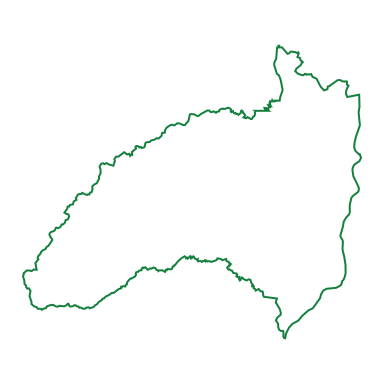 outline of Morales, Bolívar, Colombia
{"feature_id": "7082276B13474155488733", "entity_name": "Morales", "entity_type": "district", "adm_level": 2, "iso_a3": "COL", "parent_name": "Colombia", "parent_adm1": "Bolívar", "projection": "robinson", "projection_center": [-74.012, 8.269], "detail": "fine", "context": "isolated", "style": "outline", "palette": "green", "viewbox_px": 384, "rotation_deg": 0, "n_neighbors": 0, "source": "geoboundaries", "source_scale": "gbopen_adm2", "svg_char_len": 5954}
<svg xmlns="http://www.w3.org/2000/svg" viewBox="0 0 384 384"><path d="M23.5,273.4L23.8,274.2L23.0,276.4L24.2,280.0L24.6,284.1L26.0,285.5L26.2,287.0L27.2,288.6L28.9,288.3L30.5,290.9L29.5,296.1L31.5,301.8L31.5,304.1L34.2,306.4L36.6,307.1L37.6,308.7L41.1,308.9L42.0,309.8L43.7,308.5L45.9,308.2L47.0,306.3L50.8,305.0L53.3,304.9L55.6,306.3L57.7,306.7L59.3,305.8L64.2,306.3L66.7,305.1L67.7,303.8L68.5,303.8L69.6,306.2L70.3,306.6L72.7,306.2L74.9,305.1L76.0,305.5L76.6,306.3L78.4,306.5L79.4,307.8L80.5,307.5L83.3,308.8L85.3,308.6L86.2,307.6L88.7,307.3L89.7,308.3L93.6,307.0L94.8,305.5L97.3,304.0L98.7,302.0L101.8,300.1L102.5,298.7L103.8,298.5L105.9,296.4L108.3,295.4L112.1,292.8L113.5,293.0L118.8,289.0L121.0,288.4L121.1,286.9L121.9,287.2L122.1,286.5L123.3,286.1L125.2,286.5L125.7,285.1L127.0,284.2L126.8,282.9L128.7,280.3L130.5,278.5L131.3,278.6L135.2,276.4L136.0,274.6L135.7,273.5L136.2,272.3L138.2,271.7L138.9,270.8L141.5,270.2L141.7,268.6L142.9,267.5L143.8,268.1L145.2,267.2L147.9,269.8L150.4,268.4L151.6,268.6L153.5,267.5L155.6,268.3L156.3,269.8L158.0,270.3L158.3,271.1L159.2,270.4L162.3,270.3L165.0,271.9L165.7,270.0L166.7,270.3L167.4,268.9L170.3,269.4L172.0,268.9L172.7,266.5L173.7,266.4L174.2,265.3L174.9,265.2L178.0,261.3L181.5,258.1L184.7,256.3L185.7,257.0L186.0,258.2L187.1,257.7L187.6,258.7L190.3,256.1L190.8,256.4L191.0,258.5L191.7,258.3L193.3,256.3L193.9,256.7L194.7,258.4L196.8,259.6L197.8,259.1L197.5,260.6L198.0,261.3L200.3,261.0L201.9,261.9L202.6,261.1L203.8,261.1L204.9,260.2L205.5,260.3L205.7,261.3L206.5,260.6L207.6,261.5L209.2,261.1L211.5,261.9L216.5,260.1L217.5,258.3L221.0,259.0L222.4,260.2L226.1,259.0L226.6,261.1L228.9,262.0L229.4,263.4L230.3,263.5L230.8,264.1L230.4,264.9L229.3,265.1L229.0,266.4L228.1,266.4L227.1,267.8L228.5,269.6L229.4,269.4L230.6,270.3L231.8,270.4L233.3,272.9L236.7,273.6L237.2,274.7L236.3,276.2L236.9,276.8L239.1,276.9L238.8,278.5L239.8,280.5L240.4,280.2L241.4,277.4L242.4,277.6L243.2,278.8L245.8,280.1L246.9,280.4L248.6,279.3L250.4,279.8L251.3,282.9L252.3,284.3L252.2,285.7L253.0,285.2L253.9,286.7L253.4,287.4L253.6,288.1L255.1,289.1L255.7,290.6L258.6,289.0L260.6,291.4L262.4,291.4L263.0,292.4L263.1,295.0L263.9,296.8L276.9,298.5L275.8,302.4L279.7,308.9L280.9,313.0L280.5,314.9L277.3,317.6L275.9,320.4L278.1,323.8L278.3,327.6L279.2,329.8L281.0,331.0L282.8,330.8L283.4,331.4L283.4,336.6L283.9,337.8L285.2,338.2L286.0,333.6L289.0,327.6L292.4,323.9L298.3,320.6L302.3,315.8L308.5,310.3L312.8,308.3L320.0,298.3L321.1,294.2L323.3,290.6L326.5,288.8L336.2,287.8L340.0,285.8L341.2,284.8L342.2,281.2L343.5,279.8L344.6,277.3L345.6,273.4L345.5,264.8L344.2,256.7L342.5,249.5L342.9,241.5L342.5,240.1L340.5,236.5L340.4,235.3L342.7,227.5L343.8,221.5L346.2,217.5L349.1,214.4L349.8,212.2L349.7,205.3L351.3,198.1L352.5,196.3L357.4,192.5L358.3,191.5L358.8,189.9L358.8,187.9L358.2,186.2L353.4,176.4L352.4,169.9L352.9,167.3L354.5,164.5L359.4,161.2L361.0,157.8L360.0,154.6L359.7,154.3L359.3,154.6L355.9,151.4L355.0,150.1L354.2,147.4L354.5,142.9L355.9,136.9L359.9,125.2L358.6,112.2L359.5,106.8L359.2,94.7L347.3,97.0L346.0,93.8L346.0,92.4L346.6,89.3L348.5,85.6L346.9,84.6L346.9,81.5L342.3,81.4L341.0,80.4L339.1,80.0L337.4,80.3L329.2,86.2L327.8,86.5L327.4,89.2L324.0,90.4L320.6,86.6L316.5,78.7L312.5,76.8L311.2,74.1L309.3,74.6L308.0,74.2L306.8,74.7L306.1,74.6L305.6,73.8L304.8,73.9L303.4,75.2L301.9,75.1L298.0,73.8L295.2,71.1L296.5,68.5L300.5,65.3L301.5,63.8L301.7,62.5L302.7,62.3L302.6,61.7L300.5,60.3L300.1,58.1L297.4,57.0L298.5,54.3L298.7,53.3L298.2,52.3L297.1,53.1L295.4,52.2L290.9,51.5L288.9,53.5L287.5,53.8L282.0,47.4L279.0,47.4L279.2,45.8L278.4,45.8L278.3,47.5L277.1,47.5L276.2,58.9L274.5,62.0L274.2,65.2L277.0,74.0L278.9,75.3L280.5,79.3L282.6,89.5L282.3,91.2L280.4,96.5L279.6,100.7L275.0,100.6L275.2,101.2L274.0,101.4L273.1,101.3L272.3,100.2L272.0,101.4L270.2,101.1L269.6,102.6L270.1,103.0L269.6,103.7L270.1,104.5L268.1,105.1L268.7,105.8L270.1,105.4L270.7,106.1L269.7,106.0L270.0,107.1L269.2,107.0L268.2,107.9L268.4,109.1L267.1,109.3L266.1,108.1L264.5,107.9L264.9,109.0L266.1,108.9L268.6,110.8L255.0,110.8L255.5,111.2L254.8,113.3L255.1,114.3L254.2,116.2L253.1,116.6L252.1,118.8L250.9,119.0L247.5,117.1L246.3,118.2L243.5,117.5L245.2,115.6L244.0,113.5L243.3,113.1L242.6,111.2L241.6,110.5L241.0,111.1L240.8,112.9L238.5,114.9L237.6,113.9L236.1,113.9L235.5,112.9L234.3,113.4L233.3,112.3L233.0,111.1L231.2,112.1L230.7,111.1L231.2,110.3L230.8,109.2L228.6,107.7L224.0,109.1L223.3,108.6L221.2,108.9L219.3,110.2L219.1,111.4L216.5,111.9L215.9,112.8L213.7,111.3L211.6,112.2L210.4,111.9L209.4,110.6L207.3,110.5L200.4,114.3L199.0,115.7L197.4,116.1L194.0,114.3L190.4,114.1L189.9,114.5L188.4,120.9L184.8,125.1L183.3,125.1L180.0,123.6L177.9,123.3L177.2,123.3L174.4,125.4L172.2,124.7L170.6,125.0L166.6,127.6L165.1,130.1L164.7,132.7L162.2,132.9L161.5,135.9L158.7,138.5L156.8,138.2L154.0,139.8L151.2,140.5L149.6,142.0L146.1,142.4L145.4,143.1L144.8,146.3L144.1,147.4L141.7,148.0L140.7,146.9L139.4,147.5L138.5,146.4L136.7,146.0L135.8,146.4L135.4,147.0L135.9,147.6L135.9,148.7L132.0,151.9L132.2,154.8L131.3,154.4L130.1,155.9L129.2,153.8L126.8,154.4L124.2,152.2L118.6,156.5L116.0,156.7L114.4,159.1L114.9,160.8L113.4,165.7L109.0,164.5L106.7,163.1L104.5,164.2L103.0,163.3L101.4,163.6L99.5,166.7L100.5,169.2L100.6,173.0L98.9,176.8L99.2,178.4L96.7,183.3L94.5,184.3L92.3,186.3L92.5,189.5L91.6,192.2L90.0,192.6L89.4,194.4L88.3,194.3L86.8,195.0L82.2,192.9L81.6,193.9L79.4,194.0L77.8,194.8L75.8,198.2L76.5,199.8L73.6,201.5L73.1,204.3L69.8,205.0L69.3,206.5L67.6,206.6L67.1,208.9L64.4,212.6L66.4,213.9L68.3,214.3L68.8,215.1L69.1,216.7L67.8,219.5L65.7,220.0L64.9,222.6L63.1,224.5L61.7,224.4L60.3,227.1L58.1,228.2L56.7,227.6L55.9,227.8L54.9,230.2L53.8,231.1L51.0,232.0L49.9,233.2L49.4,234.4L49.7,235.3L50.8,237.7L52.2,239.1L52.3,240.0L48.3,246.0L46.7,246.8L45.4,249.2L43.3,250.0L41.3,251.6L40.4,253.7L38.1,256.3L37.6,258.2L38.4,259.3L35.4,263.0L36.6,269.8L33.9,269.5L31.6,271.1L30.3,270.6L26.7,270.5L23.5,273.4Z" fill="none" stroke="#15803d" stroke-width="2"/></svg>